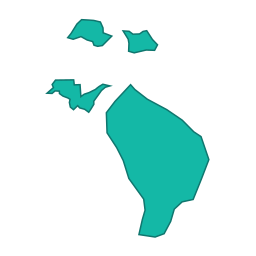 outline of Mokpo-si, South Jeolla, South Korea, rotated 88°
{"feature_id": "91817680B26607970527366", "entity_name": "Mokpo-si", "entity_type": "district", "adm_level": 2, "iso_a3": "KOR", "parent_name": "South Korea", "parent_adm1": "South Jeolla", "projection": "mercator", "projection_center": [126.362, 34.795], "detail": "fine", "context": "isolated", "style": "filled", "palette": "teal", "viewbox_px": 256, "rotation_deg": 88, "n_neighbors": 0, "source": "geoboundaries", "source_scale": "gbopen_adm2", "svg_char_len": 1270}
<svg xmlns="http://www.w3.org/2000/svg" viewBox="0 0 256 256"><g transform="rotate(88 128 128)"><path d="M162.4,48.3L139.2,55.3L134.1,62.4L122.1,73.5L111.0,88.6L99.9,107.7L89.8,119.8L84.8,123.9L92.8,131.9L100.9,140.0L112.0,149.1L132.1,149.1L147.2,140.0L160.3,133.9L178.5,128.9L199.6,114.8L210.7,113.8L219.8,116.8L234.9,120.8L237.9,104.7L234.9,95.6L222.8,88.6L210.7,84.6L203.7,76.5L201.7,65.4L181.5,56.4L162.4,48.3ZM96.6,158.6L89.6,153.2L86.5,149.3L85.3,144.6L83.4,151.6L85.3,155.1L86.9,157.4L88.4,159.3L89.6,162.1L91.2,165.5L92.7,170.6L95.0,174.0L83.0,174.4L83.0,180.2L78.0,180.6L77.6,198.8L81.9,202.3L85.0,201.1L90.4,207.7L90.8,202.7L88.4,199.6L88.8,195.3L91.2,195.3L93.9,191.8L95.8,187.2L97.3,184.9L100.4,185.7L105.1,184.9L107.8,181.8L103.9,177.5L106.2,175.6L107.8,170.6L110.9,166.7L107.8,164.4L103.1,161.3L100.1,161.3L96.6,158.6ZM37.4,179.7L35.0,171.8L38.6,165.8L40.4,160.3L44.1,159.1L45.3,155.5L44.7,150.7L35.6,141.0L32.0,149.5L27.1,149.5L21.1,151.9L19.3,158.5L18.7,164.0L18.1,170.6L22.3,175.4L31.4,181.5L35.6,185.1L37.4,179.7ZM53.1,119.2L50.7,107.1L51.3,98.7L45.9,95.6L40.4,100.5L34.4,104.1L31.4,105.9L32.0,109.6L34.4,113.2L34.4,119.8L31.4,123.5L30.8,129.5L39.2,124.7L43.5,124.1L51.3,124.7L53.1,119.2Z" fill="#14b8a6" stroke="#0f766e" stroke-width="1.5"/></g></svg>